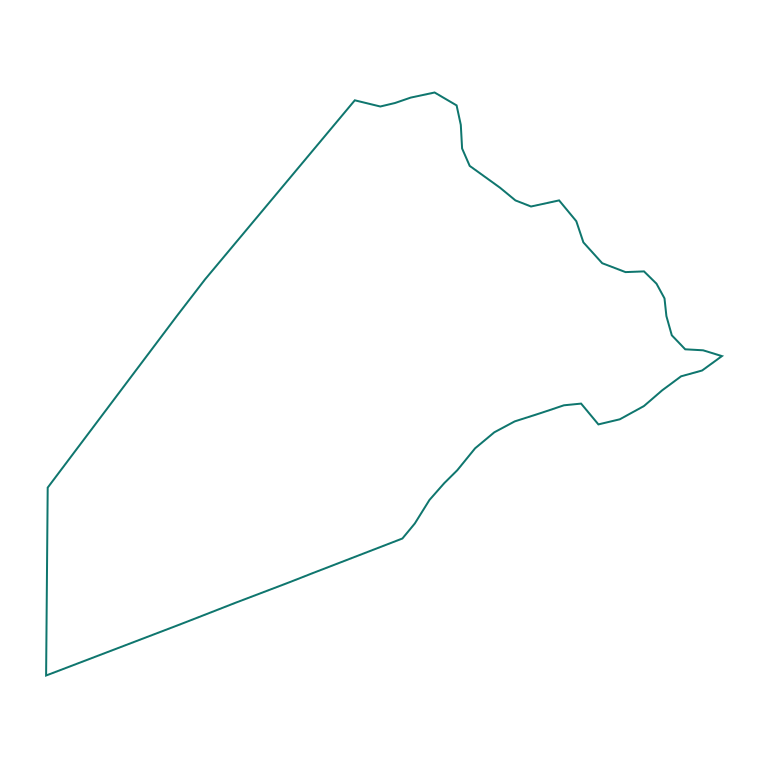 outline of Piúma, Espírito Santo, Brazil
{"feature_id": "56859067B20948512760895", "entity_name": "Piúma", "entity_type": "district", "adm_level": 2, "iso_a3": "BRA", "parent_name": "Brazil", "parent_adm1": "Espírito Santo", "projection": "mercator", "projection_center": [-40.744, -20.839], "detail": "fine", "context": "isolated", "style": "outline", "palette": "teal", "viewbox_px": 768, "rotation_deg": 0, "n_neighbors": 0, "source": "geoboundaries", "source_scale": "gbopen_adm2", "svg_char_len": 735}
<svg xmlns="http://www.w3.org/2000/svg" viewBox="0 0 768 768"><path d="M354.8,100.3L205.1,279.3L177.0,315.8L47.7,487.6L46.1,675.5L182.1,623.6L235.4,602.8L289.3,582.3L313.0,573.0L402.4,538.5L414.8,523.5L429.5,499.9L444.2,483.2L457.3,470.2L475.1,448.3L494.3,432.3L514.7,421.4L540.3,413.2L563.9,405.3L581.1,403.6L598.4,424.4L619.8,419.3L644.0,406.0L662.2,390.3L681.1,376.3L702.1,370.5L721.9,356.1L703.1,350.3L685.2,349.3L671.8,335.3L666.4,316.1L664.5,298.4L656.5,283.7L644.0,271.4L625.5,272.1L602.2,263.2L583.4,242.4L576.3,221.2L559.1,200.4L531.0,206.5L515.4,200.4L500.0,187.7L469.7,165.9L462.1,148.5L460.8,124.9L456.6,105.4L434.6,92.5L410.7,97.6L395.0,103.0L380.3,106.5L354.8,100.3Z" fill="none" stroke="#0f766e" stroke-width="2"/></svg>